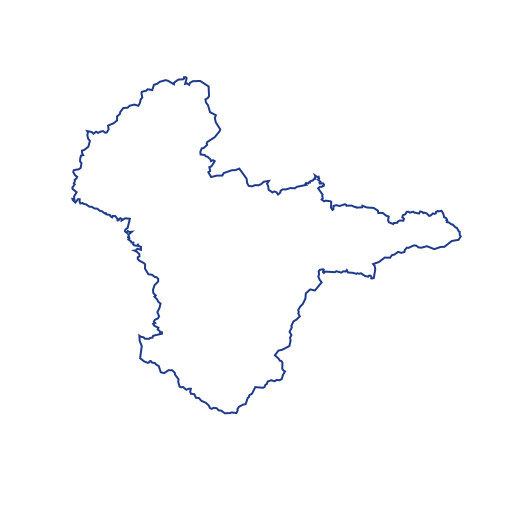 the district of Dak Glei, Kon Tum, Vietnam, rotated 102°
{"feature_id": "81297802B20367953633835", "entity_name": "Dak Glei", "entity_type": "district", "adm_level": 2, "iso_a3": "VNM", "parent_name": "Vietnam", "parent_adm1": "Kon Tum", "projection": "natural_earth1", "projection_center": [107.734, 15.137], "detail": "fine", "context": "isolated", "style": "outline", "palette": "blue", "viewbox_px": 512, "rotation_deg": 102, "n_neighbors": 0, "source": "geoboundaries", "source_scale": "gbopen_adm2", "svg_char_len": 6122}
<svg xmlns="http://www.w3.org/2000/svg" viewBox="0 0 512 512"><g transform="rotate(102 256 256)"><path d="M212.2,83.0L208.7,77.2L207.9,73.7L200.6,67.6L198.1,61.3L194.3,59.8L192.9,61.2L190.0,61.8L189.7,62.8L186.7,65.4L186.4,67.0L184.3,70.1L184.5,71.2L183.1,74.3L183.2,76.3L181.9,76.2L181.4,77.2L180.5,76.8L179.2,78.3L179.0,80.0L175.8,81.5L173.2,83.9L174.4,86.7L174.2,87.6L175.6,89.1L176.9,89.0L177.7,90.2L177.6,91.8L180.1,93.6L180.8,94.9L178.9,97.8L178.5,99.9L179.3,101.2L178.4,102.3L178.3,104.7L180.6,105.4L180.6,110.1L180.0,111.6L181.6,114.4L181.0,116.0L181.5,117.8L184.0,118.5L185.6,120.8L187.8,120.9L188.6,119.1L190.8,119.2L191.5,122.9L192.9,124.5L194.1,124.7L195.1,128.0L196.2,128.4L195.4,132.9L193.7,134.2L189.8,134.4L189.5,137.1L187.5,141.0L188.5,145.3L186.3,146.2L184.5,151.0L185.5,157.6L184.7,162.4L186.3,162.3L187.8,167.8L187.2,168.7L187.5,169.8L186.8,172.9L188.0,178.0L187.2,178.4L186.9,179.8L189.7,184.6L189.6,188.0L190.9,190.6L194.3,190.0L195.0,190.8L193.1,192.7L187.3,193.7L187.0,194.7L187.4,199.4L188.3,200.7L187.2,203.5L185.7,202.7L183.1,203.8L182.2,203.6L176.9,209.3L175.1,207.9L174.6,205.9L173.6,205.3L173.4,204.4L172.1,204.3L171.0,205.5L171.9,208.6L171.2,209.1L170.0,208.4L168.3,211.3L167.1,210.3L165.4,211.3L166.0,212.4L165.0,214.9L165.8,214.3L167.4,214.8L168.2,214.1L169.2,215.7L170.2,215.9L171.6,218.5L173.0,218.6L173.0,219.5L174.1,220.0L174.2,222.2L175.2,222.6L176.0,221.6L179.8,230.4L181.8,232.2L182.3,236.3L184.7,240.7L185.3,243.8L187.1,245.5L189.0,245.5L191.3,247.2L189.3,249.4L189.1,251.6L190.4,253.1L188.6,257.4L185.4,258.5L183.0,260.2L179.9,259.0L181.7,263.8L184.7,266.0L186.3,268.2L186.8,271.4L188.7,274.4L188.9,277.7L186.6,279.8L182.3,281.3L174.0,290.5L176.3,294.0L177.1,297.4L181.7,304.9L184.3,305.6L185.5,311.0L188.1,316.3L184.0,320.0L182.4,318.5L178.7,320.1L178.0,318.7L176.4,317.7L171.8,316.1L171.2,317.8L172.5,319.8L171.1,320.5L169.0,324.0L168.9,325.9L167.9,327.2L168.2,331.3L165.7,332.1L162.1,331.5L161.2,329.6L157.5,326.9L156.0,327.7L154.7,327.4L148.4,321.1L141.6,317.6L139.6,317.3L133.5,323.2L129.5,325.0L126.6,324.5L124.9,330.8L118.5,334.3L116.2,336.9L113.3,338.0L111.4,335.9L109.3,335.2L100.0,337.6L96.4,347.0L98.2,354.2L100.3,356.5L102.5,357.0L101.5,359.4L102.4,361.1L96.5,360.8L95.7,361.9L96.2,363.6L97.5,363.3L98.4,364.2L99.6,368.7L103.4,372.1L105.1,372.0L102.9,378.5L102.8,381.0L105.6,386.3L108.3,388.7L109.7,391.4L115.3,392.0L115.4,396.6L117.2,397.8L119.1,401.8L120.6,401.9L124.5,400.2L127.1,401.4L130.3,401.3L133.5,402.3L133.2,406.5L135.3,410.8L137.6,412.4L138.9,416.6L143.4,418.7L145.5,418.7L148.3,420.9L152.3,420.1L155.6,422.7L159.2,427.8L162.7,426.5L166.3,427.7L166.7,429.2L165.7,431.5L166.3,433.4L168.4,436.1L167.7,438.3L170.2,440.4L168.9,442.5L168.9,447.1L170.0,446.1L172.9,446.1L176.1,444.6L177.9,442.4L183.9,442.7L188.0,446.1L189.1,448.1L191.5,447.5L193.3,446.0L194.2,448.1L197.6,448.2L200.1,447.7L201.5,446.0L206.3,445.8L208.1,447.5L209.7,451.8L210.4,452.2L212.1,452.1L214.8,449.5L215.7,447.4L217.7,447.9L219.2,449.2L220.8,448.7L222.9,449.3L223.6,448.2L227.4,449.9L228.6,449.3L230.9,444.7L235.7,446.4L238.3,445.4L238.3,447.4L239.4,446.8L241.3,443.8L237.5,442.0L237.1,440.3L239.7,439.8L241.1,438.7L240.2,436.6L240.8,435.8L240.9,432.7L242.4,429.3L242.0,426.8L243.1,424.0L242.7,421.1L244.2,418.3L244.3,415.9L245.8,412.9L244.9,411.1L245.8,411.8L246.4,411.0L246.2,407.5L247.4,406.6L248.1,404.7L246.6,404.5L246.2,401.9L248.6,399.2L250.0,398.8L249.6,397.8L248.3,397.6L247.2,396.5L247.6,395.2L249.3,394.9L246.3,391.8L245.8,387.1L255.2,387.4L257.3,389.2L259.2,389.3L260.3,387.0L258.3,386.5L258.8,384.6L258.1,382.5L261.7,385.2L264.0,384.1L264.1,385.8L265.0,383.6L266.4,384.3L267.6,381.4L268.7,380.7L268.4,378.7L270.2,378.6L270.9,377.4L270.8,374.5L269.4,373.8L270.7,372.6L271.1,370.4L273.9,369.8L273.5,373.5L275.6,374.8L276.0,376.0L276.6,373.4L278.4,370.5L280.6,369.9L281.8,371.4L283.4,371.1L284.8,369.2L286.1,364.5L287.2,362.7L291.4,362.0L296.2,357.5L296.0,353.6L297.5,350.9L297.5,348.7L298.7,346.9L301.3,346.4L305.7,349.2L310.4,349.7L313.5,348.8L315.5,345.8L316.9,346.9L319.2,343.5L321.0,342.2L322.4,339.5L326.8,339.6L331.4,340.8L335.2,338.2L337.6,339.1L339.4,341.6L341.5,342.3L342.5,340.7L343.8,342.5L345.3,341.1L346.5,336.5L348.3,336.9L349.5,334.5L350.6,334.0L350.1,332.3L351.5,331.8L355.4,340.0L357.4,340.3L358.1,342.4L359.2,343.2L360.0,347.5L358.9,349.1L358.9,352.0L358.2,353.5L363.1,352.2L367.9,349.0L380.1,348.1L382.4,343.4L383.0,339.6L382.2,338.3L381.1,338.2L380.6,337.1L381.9,335.5L381.7,332.7L383.0,331.1L383.8,328.3L389.5,325.0L389.7,321.6L385.9,317.8L385.2,314.2L387.2,311.1L388.8,310.6L392.8,306.1L395.1,306.0L399.7,303.6L400.0,302.1L399.3,300.2L401.3,296.4L399.7,293.9L399.4,292.1L402.4,292.2L404.3,291.0L404.0,287.6L407.2,285.2L406.8,282.3L409.0,279.4L410.0,274.6L411.9,271.3L414.4,269.3L414.7,267.5L413.3,265.8L413.1,262.6L414.7,260.6L414.5,257.9L416.3,253.8L415.1,248.8L414.1,247.3L413.7,242.5L410.7,241.8L409.6,242.3L407.0,241.3L404.0,237.6L403.0,235.3L396.6,234.6L395.5,233.6L393.6,233.6L391.5,231.3L384.4,229.4L383.4,221.6L382.3,220.4L380.0,220.0L379.0,218.8L376.4,218.5L374.4,215.4L374.6,211.7L372.9,210.0L372.7,207.2L370.9,205.2L366.7,204.9L362.9,203.6L362.1,205.6L360.7,206.9L355.0,207.9L353.5,209.2L353.4,210.9L351.7,212.6L349.2,216.9L343.9,214.4L342.2,210.8L337.1,204.6L331.6,204.6L328.7,205.7L326.0,204.9L323.2,207.4L318.5,206.1L317.2,206.9L312.1,205.7L309.8,203.2L305.9,200.6L303.4,202.7L301.9,202.5L300.1,203.5L296.2,202.2L293.3,200.3L287.5,198.8L282.1,199.5L277.4,196.0L277.5,191.2L268.1,186.3L266.0,188.8L263.1,190.8L260.8,190.5L258.0,191.5L256.3,190.8L255.0,187.5L255.3,186.9L257.8,187.1L258.5,186.1L256.9,185.1L255.4,175.4L254.2,174.3L254.5,169.0L252.9,167.6L252.5,165.0L250.9,164.3L253.0,162.6L252.3,157.6L252.6,154.2L251.8,153.2L251.9,151.3L251.1,149.7L252.9,145.2L252.9,142.0L251.8,141.5L251.4,139.9L252.6,138.7L253.9,138.6L253.9,137.8L253.0,136.2L244.1,136.6L241.0,137.9L239.5,139.7L236.3,134.5L230.8,129.8L229.8,124.5L226.9,123.2L225.8,120.9L222.4,117.9L222.7,114.6L221.3,111.6L219.4,111.8L216.5,110.2L216.3,108.4L212.9,104.0L212.5,101.7L213.8,98.7L213.5,95.9L210.9,90.9L212.2,83.0Z" fill="none" stroke="#1e3a8a" stroke-width="2"/></g></svg>